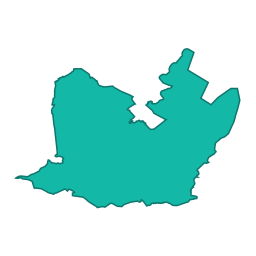 Aknīstes pag., Aknistes, Latvia, rotated 181°
{"feature_id": "27541924B26802914642093", "entity_name": "Aknīstes pag.", "entity_type": "district", "adm_level": 2, "iso_a3": "LVA", "parent_name": "Latvia", "parent_adm1": "Aknistes", "projection": "robinson", "projection_center": [25.758, 56.171], "detail": "fine", "context": "isolated", "style": "filled", "palette": "teal", "viewbox_px": 256, "rotation_deg": 181, "n_neighbors": 0, "source": "geoboundaries", "source_scale": "gbopen_adm2", "svg_char_len": 5600}
<svg xmlns="http://www.w3.org/2000/svg" viewBox="0 0 256 256"><g transform="rotate(181 128 128)"><path d="M19.3,169.4L25.8,169.3L38.7,159.9L45.4,152.7L55.7,159.0L48.5,174.9L69.3,187.0L63.4,204.7L69.0,207.9L69.9,208.1L71.8,208.0L73.2,207.2L74.9,204.8L75.2,202.9L75.0,201.2L75.2,200.7L76.6,199.7L77.5,198.2L79.3,196.1L79.9,195.7L80.5,194.2L80.8,194.0L83.6,193.8L85.3,192.6L87.0,190.3L87.9,187.9L87.6,185.6L87.8,184.4L90.9,182.0L93.9,182.3L94.5,182.1L96.2,181.1L96.7,180.7L97.5,179.5L97.6,179.1L97.5,178.2L95.3,175.7L93.6,173.7L87.5,171.4L84.7,170.8L84.5,170.6L84.8,169.9L86.9,168.2L88.7,168.2L90.2,167.3L92.8,166.4L95.4,165.2L96.1,163.1L95.7,161.8L94.7,160.4L93.4,159.0L93.0,157.6L93.1,157.3L96.7,156.2L98.3,154.2L100.6,152.8L102.1,152.7L103.6,152.7L104.5,153.0L104.4,153.5L104.3,153.9L104.4,154.3L104.2,154.4L104.2,154.5L104.5,154.6L104.7,154.8L105.1,154.9L105.2,155.1L105.7,155.0L106.0,155.2L106.6,154.9L106.7,154.6L107.3,154.6L107.7,154.7L108.0,154.6L108.1,154.4L108.6,154.1L108.6,153.7L108.3,153.6L108.2,153.5L108.4,153.3L108.6,153.3L109.0,153.0L108.9,152.5L108.6,152.4L109.5,151.9L109.5,151.6L109.8,151.4L110.3,151.2L104.3,146.2L104.1,146.1L102.7,144.0L102.7,143.7L102.5,143.3L91.6,137.7L91.0,137.3L90.0,137.1L91.5,135.9L92.3,135.1L102.1,127.2L102.5,127.3L105.3,127.0L106.2,127.4L109.9,131.3L111.0,132.1L110.9,132.5L110.4,133.0L110.7,133.3L111.3,133.5L111.7,133.8L112.6,133.8L112.7,134.0L112.3,134.1L112.3,134.3L112.7,134.4L112.8,134.8L113.1,134.8L113.4,135.4L115.0,135.0L115.2,134.9L114.9,134.5L115.1,134.4L115.5,134.5L115.9,134.8L116.0,135.3L117.0,135.9L119.2,134.8L119.5,135.0L119.8,134.9L119.8,134.6L120.3,134.2L120.3,133.9L120.5,133.7L122.8,133.2L123.3,134.0L123.8,134.2L124.3,134.2L124.7,134.1L125.3,133.5L125.3,133.1L125.3,132.9L125.7,132.7L126.4,132.7L126.9,133.9L123.9,135.2L125.6,136.1L123.0,137.9L121.6,139.5L124.0,142.1L126.4,144.6L126.7,145.1L126.7,145.3L127.0,145.4L126.8,145.7L128.9,146.3L129.0,146.7L127.9,147.9L126.8,148.8L122.0,151.9L121.2,152.1L122.8,154.0L124.4,156.3L124.7,157.7L124.6,158.1L124.4,158.2L124.5,158.3L124.3,158.4L123.5,159.3L126.5,160.9L135.2,164.4L137.1,165.3L140.4,167.2L142.2,168.0L144.0,169.6L152.4,168.6L156.9,169.7L158.4,170.8L158.5,171.3L159.3,172.4L159.2,173.1L160.0,174.7L160.6,174.6L161.7,175.7L164.7,178.0L165.7,178.0L165.9,177.7L166.0,177.6L166.1,177.3L166.5,177.2L167.9,181.2L175.7,186.4L183.1,186.2L183.6,184.0L183.9,183.6L184.7,183.4L186.8,181.4L187.2,181.3L187.2,180.8L187.3,181.0L189.2,179.9L189.5,179.8L189.5,179.6L189.9,179.6L191.8,178.6L192.6,177.9L192.9,178.0L193.1,177.8L193.4,177.8L193.4,178.1L193.8,178.1L193.8,178.3L194.0,178.4L194.1,178.2L194.8,177.9L195.6,177.5L197.0,176.7L197.3,176.8L197.5,176.4L197.8,176.2L197.4,176.1L197.9,175.7L198.1,175.8L198.1,175.3L198.6,174.9L199.0,174.6L199.3,174.2L199.1,174.0L199.4,173.9L200.0,173.9L200.3,173.7L200.5,173.7L200.5,173.2L200.9,173.4L201.2,173.0L201.8,172.8L201.1,169.6L201.3,167.9L201.9,165.0L202.0,162.4L201.8,162.3L201.9,162.1L202.0,159.6L201.9,157.3L202.0,157.1L202.6,156.6L203.5,155.6L203.4,153.7L204.4,149.8L204.2,149.6L202.0,150.0L202.3,148.7L203.5,147.1L204.2,146.0L204.4,145.4L204.6,144.4L204.3,141.1L203.5,140.8L202.2,131.0L201.7,127.8L201.5,127.7L198.6,105.0L198.2,100.6L198.9,100.4L200.2,99.3L200.3,98.6L200.0,98.3L198.6,98.0L197.2,98.5L195.1,98.4L193.3,97.8L192.6,96.6L191.9,96.5L193.0,94.3L192.3,92.3L195.4,91.1L197.6,91.8L198.7,91.1L203.8,92.0L206.2,94.4L207.2,94.6L207.7,93.0L207.8,91.5L208.1,90.7L209.8,88.6L212.0,87.3L214.6,86.1L216.2,83.3L221.5,80.5L224.0,79.8L227.4,77.5L234.0,78.1L236.2,77.8L239.0,76.3L239.3,76.0L237.2,75.8L234.1,76.5L232.6,75.3L228.7,74.9L226.2,74.4L222.9,73.0L221.5,68.6L220.6,66.1L219.1,66.4L213.5,65.7L208.6,63.2L206.7,62.0L202.5,60.9L201.6,60.5L201.0,60.9L200.5,60.9L200.1,61.5L198.5,61.8L190.2,65.8L189.8,65.9L187.4,63.9L186.4,65.3L186.2,65.8L185.5,65.7L182.0,64.1L180.5,62.8L182.4,61.9L182.3,59.4L171.5,58.0L169.6,56.7L166.3,53.9L164.1,52.4L158.6,49.2L157.2,47.9L152.3,49.0L149.6,48.5L144.3,52.3L143.8,52.4L142.3,52.2L137.4,49.6L132.8,49.3L130.7,51.4L124.0,53.9L117.2,55.1L115.4,54.1L113.9,54.6L113.4,56.4L111.2,54.7L107.9,50.4L106.6,50.9L106.2,50.9L104.5,51.3L104.1,51.5L103.6,52.2L103.3,52.9L102.7,53.2L101.9,53.2L101.6,53.0L101.3,53.2L100.6,53.1L100.4,53.3L99.9,53.3L99.6,53.1L99.3,53.4L98.7,53.3L98.7,53.5L98.3,53.5L97.4,53.9L96.9,53.7L96.3,53.8L96.2,53.5L95.7,53.8L95.5,53.7L95.4,53.4L94.7,53.3L93.9,53.4L93.6,53.2L93.2,53.3L93.3,53.4L93.2,53.5L92.9,53.4L92.7,53.4L92.2,53.8L92.1,54.0L91.7,54.2L91.2,53.8L90.8,54.1L90.4,54.0L90.1,54.2L89.6,54.4L88.5,54.5L87.5,54.3L86.7,54.0L86.1,53.6L85.5,53.6L84.5,53.3L83.9,52.7L81.8,51.4L77.6,51.3L66.2,55.4L65.0,57.3L60.7,58.1L60.6,58.3L60.7,58.5L60.3,58.6L58.2,58.6L57.9,59.0L57.8,60.4L57.9,60.5L58.2,60.6L58.5,60.8L63.5,61.7L64.0,62.1L63.7,65.1L64.2,65.5L64.5,66.1L64.4,66.4L63.7,66.8L64.0,67.6L64.0,67.9L62.8,68.9L62.7,69.2L62.8,69.6L62.7,69.8L62.2,69.9L61.8,69.8L61.5,70.0L61.9,70.7L61.9,70.9L60.5,72.9L60.2,74.0L60.4,74.5L60.8,74.8L61.3,77.6L59.6,79.9L59.0,80.1L57.5,80.1L58.1,80.5L58.2,81.0L58.5,80.9L58.5,81.2L58.3,81.3L58.0,81.8L57.5,82.2L56.8,82.5L56.7,82.9L56.3,83.3L56.9,85.8L57.6,86.0L57.8,86.2L58.2,87.1L58.2,87.4L51.0,94.5L49.6,94.2L49.0,94.1L46.7,95.0L47.8,96.1L48.1,96.7L47.6,98.4L46.7,100.4L46.2,100.5L45.0,101.2L44.5,101.9L43.9,101.9L43.7,102.0L43.1,102.9L42.9,103.0L42.0,103.0L41.5,103.5L41.2,104.0L39.6,105.8L39.6,106.0L39.8,106.3L40.6,107.1L41.2,108.0L40.8,109.6L40.9,110.1L40.4,113.8L39.8,115.0L35.2,119.0L35.3,119.2L31.1,120.9L27.4,124.3L22.1,136.5L21.0,140.7L20.7,142.3L18.6,149.5L16.8,157.1L16.7,157.6L19.3,169.4Z" fill="#14b8a6" stroke="#0f766e" stroke-width="1.5"/></g></svg>